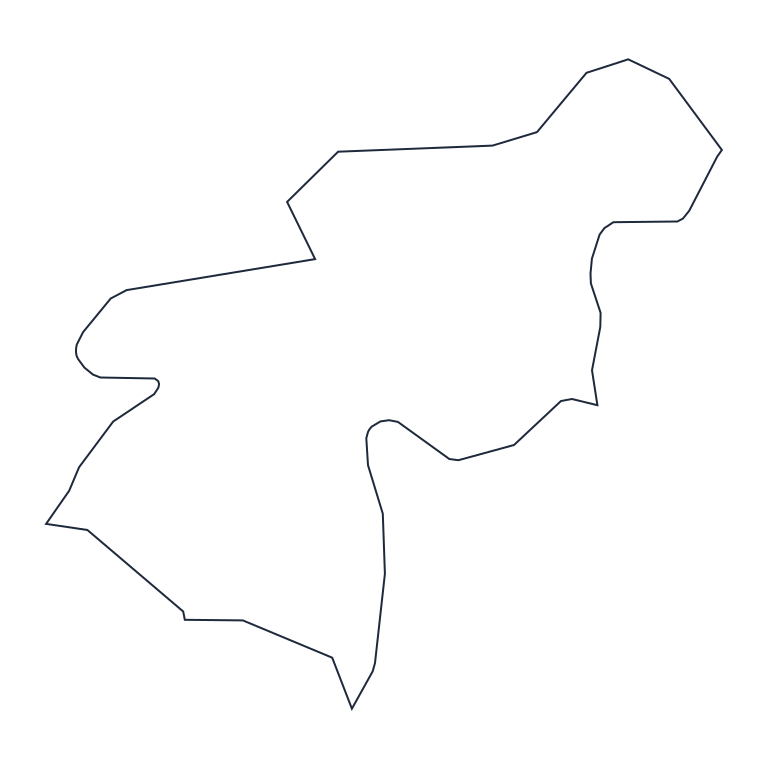 map outline of Richmond upon Thames (Mercator projection)
{"feature_id": "GBR-2075", "entity_name": "Richmond upon Thames", "entity_type": "London Borough", "adm_level": 1, "iso_a3": "GBR", "parent_name": "United Kingdom", "parent_adm1": "", "projection": "mercator", "projection_center": [-0.302, 51.436], "detail": "fine", "context": "isolated", "style": "outline", "palette": "slate", "viewbox_px": 768, "rotation_deg": 0, "n_neighbors": 0, "source": "natural_earth", "source_scale": "10m", "svg_char_len": 927}
<svg xmlns="http://www.w3.org/2000/svg" viewBox="0 0 768 768"><path d="M721.9,150.0L717.2,156.6L689.2,210.8L682.9,218.6L677.4,221.5L613.4,222.2L604.4,228.1L599.6,234.6L591.9,258.7L590.5,273.6L590.9,283.5L600.6,312.9L600.3,326.9L592.0,370.3L597.4,405.2L571.9,399.0L561.0,401.0L514.0,445.0L458.4,460.2L449.3,459.0L397.9,421.9L389.1,420.2L380.5,421.4L371.6,426.7L369.2,429.7L368.0,432.0L366.3,438.2L368.0,465.2L382.8,513.7L384.9,573.8L375.0,663.0L372.7,671.3L351.9,708.7L332.2,657.7L242.8,620.4L184.8,619.8L183.2,611.5L87.4,530.0L46.1,523.9L69.2,490.7L79.1,467.2L113.2,421.5L154.2,394.1L158.4,387.6L159.1,384.0L158.2,381.1L154.7,378.5L100.4,377.5L93.0,374.6L84.5,367.7L78.2,359.2L76.5,355.6L76.0,351.9L76.1,348.1L76.8,344.5L83.1,332.1L110.7,298.5L126.6,290.1L315.1,259.1L287.1,201.9L338.1,151.7L492.5,145.6L537.0,132.1L586.5,72.8L627.4,59.6L628.1,59.3L669.2,78.9L721.9,150.0Z" fill="none" stroke="#1e293b" stroke-width="2"/></svg>